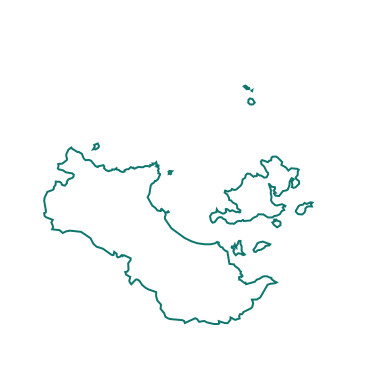 Nha Trang, Khánh Hòa, Vietnam (Robinson projection), rotated 309°
{"feature_id": "81297802B68033195953544", "entity_name": "Nha Trang", "entity_type": "district", "adm_level": 2, "iso_a3": "VNM", "parent_name": "Vietnam", "parent_adm1": "Khánh Hòa", "projection": "robinson", "projection_center": [109.244, 12.261], "detail": "fine", "context": "isolated", "style": "outline", "palette": "teal", "viewbox_px": 384, "rotation_deg": 309, "n_neighbors": 0, "source": "geoboundaries", "source_scale": "gbopen_adm2", "svg_char_len": 6060}
<svg xmlns="http://www.w3.org/2000/svg" viewBox="0 0 384 384"><g transform="rotate(309 192 192)"><path d="M175.0,314.7L174.4,311.6L174.4,308.5L175.3,307.7L174.3,306.1L173.9,303.7L172.5,301.8L171.0,300.4L166.3,298.7L164.8,297.5L161.7,297.3L154.4,292.1L155.2,290.7L154.3,290.0L154.2,284.5L153.6,283.9L155.3,282.2L156.9,283.1L157.0,283.9L158.3,284.2L158.9,283.5L159.0,281.0L160.9,280.2L160.9,278.8L161.7,276.5L161.5,271.9L162.2,270.3L159.7,266.3L168.0,257.0L167.3,254.6L167.5,251.8L168.1,250.8L167.4,248.9L167.6,246.9L168.2,246.3L167.9,245.5L168.4,244.7L169.5,244.6L168.9,242.8L166.9,242.4L163.1,239.4L159.3,234.7L155.4,228.1L153.3,222.4L151.6,215.1L150.8,198.9L154.0,188.1L155.3,186.8L157.6,186.0L159.4,184.0L159.8,179.0L159.2,178.8L158.2,179.8L157.4,179.6L155.9,176.7L156.6,173.4L156.4,169.7L160.0,160.8L163.9,160.0L171.0,155.9L173.1,155.7L175.3,156.5L177.2,156.2L177.7,157.0L180.6,157.5L185.5,156.2L185.9,155.7L185.4,154.0L186.6,153.5L187.2,152.0L189.1,151.6L189.8,149.9L189.6,148.8L190.7,149.7L191.1,149.0L190.3,148.7L190.3,148.1L191.2,148.5L190.9,147.7L192.6,145.5L190.7,145.4L189.4,143.4L188.7,144.5L187.3,143.6L186.8,142.6L185.8,143.3L185.0,143.1L184.5,141.6L182.7,139.3L180.3,138.3L177.7,134.5L174.0,132.7L173.7,132.0L174.0,131.1L173.3,130.7L172.9,128.8L169.7,128.3L168.4,126.8L166.3,125.9L165.5,126.7L164.4,126.0L163.4,124.6L162.9,122.4L163.1,121.2L162.0,119.2L162.9,118.3L160.4,117.5L159.4,115.8L158.5,116.0L155.6,114.0L154.9,111.1L155.2,108.6L156.7,107.7L157.1,106.3L152.8,102.8L152.2,103.1L151.6,101.9L151.4,100.4L152.8,93.9L152.0,91.6L149.7,89.2L150.0,86.6L152.4,82.4L151.8,78.6L151.0,77.9L150.2,71.4L150.6,70.2L147.2,69.3L142.4,70.5L140.9,71.5L139.2,74.0L137.8,74.6L132.4,73.3L129.6,70.4L128.1,72.0L126.0,72.8L125.7,74.0L127.7,78.2L127.9,81.5L131.1,87.2L131.1,89.2L129.4,90.2L127.8,90.2L124.1,88.0L121.3,88.2L120.1,89.3L116.8,89.1L115.7,86.5L116.8,84.6L116.7,82.9L114.4,79.6L111.6,81.5L109.4,81.5L107.0,82.7L105.6,82.3L101.1,79.5L94.9,81.0L92.3,82.5L85.1,90.7L83.9,91.2L82.5,90.4L80.6,92.5L80.5,94.4L82.7,101.3L79.8,101.9L77.5,106.1L75.0,106.8L79.0,113.1L78.8,117.4L81.8,118.7L85.1,121.4L91.2,130.8L92.2,142.2L89.7,147.9L89.4,152.2L91.9,158.5L92.5,168.6L92.9,170.0L93.8,170.6L96.5,169.2L96.6,172.2L94.8,173.9L94.5,175.4L96.0,176.7L98.5,177.0L98.9,177.5L98.4,178.3L100.0,178.8L101.9,186.0L100.4,187.1L96.4,187.3L91.6,191.6L89.4,191.8L87.8,190.5L86.3,192.8L87.1,197.5L83.6,199.1L82.8,200.1L82.1,202.9L88.2,203.4L89.0,203.7L89.8,205.3L89.8,207.4L88.4,211.7L88.3,216.2L88.9,219.5L91.7,227.2L88.5,229.6L85.8,233.5L85.0,238.8L81.4,241.1L80.4,246.5L78.3,249.8L78.7,252.8L79.4,254.8L86.3,265.1L86.8,267.0L85.7,268.9L96.0,274.0L96.4,276.0L95.6,279.3L99.5,282.6L100.0,285.5L103.3,292.3L106.2,295.7L107.0,295.9L108.5,294.1L110.8,300.0L112.5,302.2L116.8,302.3L118.8,300.9L119.8,306.0L123.7,308.6L125.2,306.7L127.2,306.2L128.5,307.8L131.1,307.5L138.6,311.0L140.5,311.2L144.1,309.5L146.1,306.3L149.2,310.0L153.0,311.4L167.5,309.1L169.8,310.5L173.3,313.9L175.0,314.7ZM217.9,221.4L215.0,219.6L213.9,216.9L212.1,217.7L212.3,220.9L210.9,224.2L209.2,225.9L210.0,227.8L209.5,230.3L210.3,234.1L209.8,235.5L207.8,237.5L208.2,241.1L206.6,242.1L205.8,241.6L205.6,240.1L204.2,239.1L203.2,234.8L201.0,233.7L200.8,230.2L200.3,229.1L199.8,229.0L198.0,231.0L195.7,230.5L194.6,229.6L193.4,224.3L194.1,222.2L191.7,223.6L187.9,220.9L184.5,221.3L181.8,224.6L181.1,227.3L182.9,228.6L187.8,228.4L189.9,229.3L191.0,231.0L190.8,233.0L191.5,235.4L190.3,238.7L191.4,241.6L193.0,243.2L193.5,244.6L197.6,245.6L199.1,246.7L200.2,248.5L202.3,249.1L202.1,250.6L206.6,255.3L210.3,255.8L214.0,257.7L216.5,257.6L219.5,261.7L220.0,267.1L223.0,270.6L225.1,271.0L227.0,272.8L230.0,274.2L233.8,273.8L236.1,275.0L237.0,272.3L238.3,272.3L239.3,273.5L240.0,273.3L239.2,269.7L234.8,266.4L234.1,264.4L234.4,260.5L235.5,258.5L238.5,256.7L240.5,254.0L243.1,252.2L246.5,246.8L246.8,247.0L246.3,250.6L247.9,253.4L246.7,254.5L244.5,254.6L244.0,257.4L243.1,256.5L242.4,256.7L241.7,259.0L243.6,262.2L249.9,262.1L252.9,264.5L254.3,264.9L258.7,263.4L261.3,261.5L265.4,260.7L266.0,263.1L262.7,263.1L260.6,265.7L258.6,266.4L259.2,268.4L261.0,269.5L265.9,270.1L267.8,268.2L267.7,264.9L268.5,263.5L271.8,263.4L274.5,261.3L276.5,260.9L276.1,259.0L272.9,254.2L269.3,253.4L270.2,249.7L269.3,244.4L272.0,243.3L272.7,237.3L272.5,235.2L270.3,232.5L268.8,232.1L266.4,233.6L264.9,232.3L263.0,232.2L260.9,226.4L259.0,226.4L257.3,228.6L257.2,232.0L254.8,237.2L254.7,239.2L253.5,240.1L250.4,240.7L248.6,239.1L248.3,235.6L247.3,233.8L247.2,231.2L245.0,232.2L243.8,230.7L242.5,230.2L242.6,225.6L241.0,223.3L238.7,223.2L236.5,224.4L233.6,223.4L230.3,225.4L227.9,225.9L221.9,224.9L220.0,223.4L219.5,221.1L217.9,221.4ZM248.3,283.7L242.8,284.5L242.0,285.1L241.6,288.4L243.9,291.8L247.0,292.3L249.0,291.7L250.5,290.5L252.5,290.6L254.2,291.6L256.2,294.3L257.4,292.1L259.5,292.2L258.6,290.6L254.8,288.7L254.3,286.3L252.0,286.2L249.5,284.1L248.3,283.7ZM175.8,258.9L174.9,257.3L173.7,257.8L174.2,261.0L172.1,261.3L170.9,263.4L170.4,265.8L173.5,266.5L174.7,268.8L175.1,271.5L176.6,272.4L176.9,269.1L177.5,267.6L181.1,264.7L182.2,262.3L184.5,260.5L183.7,259.4L182.8,259.3L180.4,260.3L177.8,260.4L176.6,261.6L176.6,260.3L178.1,258.3L175.8,258.9ZM194.6,275.6L193.1,275.1L189.5,276.0L185.8,276.1L184.8,278.1L185.6,279.3L188.1,279.8L190.7,282.0L194.3,283.3L196.4,283.1L199.2,285.7L200.6,285.7L198.0,278.2L194.6,275.6ZM223.6,274.8L222.2,273.2L221.9,273.3L221.9,275.0L218.9,273.6L218.1,276.2L218.1,280.4L221.9,281.6L224.1,279.9L224.4,278.9L223.4,276.5L223.6,274.8ZM299.2,177.9L296.8,179.5L296.6,182.0L298.3,184.2L301.0,184.5L302.3,180.5L301.2,178.2L299.2,177.9ZM170.4,88.2L167.0,86.4L166.0,88.0L163.0,88.3L163.9,88.9L164.3,90.2L167.6,91.4L169.2,90.7L170.4,88.2ZM308.2,171.7L308.8,171.0L308.1,169.0L308.5,168.4L308.2,166.5L306.7,165.8L306.3,169.8L308.2,171.7ZM194.2,161.2L192.9,161.0L192.4,162.1L191.4,162.6L192.2,163.2L192.4,164.2L193.0,164.3L194.4,163.2L195.6,163.4L194.2,161.2ZM161.7,186.5L162.0,185.6L160.6,185.2L160.5,185.8L161.7,186.5ZM308.3,175.2L309.0,174.8L308.2,174.6L308.3,175.2Z" fill="none" stroke="#0f766e" stroke-width="2"/></g></svg>